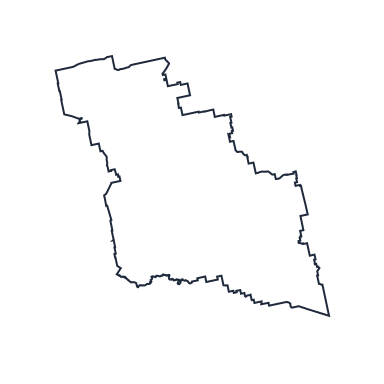 Boyup Brook, Western Australia, Australia (Robinson projection), rotated 168°
{"feature_id": "25037944B18504039205701", "entity_name": "Boyup Brook", "entity_type": "district", "adm_level": 2, "iso_a3": "AUS", "parent_name": "Australia", "parent_adm1": "Western Australia", "projection": "robinson", "projection_center": [116.619, -33.886], "detail": "fine", "context": "isolated", "style": "outline", "palette": "slate", "viewbox_px": 384, "rotation_deg": 168, "n_neighbors": 0, "source": "geoboundaries", "source_scale": "gbopen_adm2", "svg_char_len": 5867}
<svg xmlns="http://www.w3.org/2000/svg" viewBox="0 0 384 384"><g transform="rotate(168 192 192)"><path d="M83.5,146.0L83.6,155.7L84.1,170.9L84.1,175.4L85.0,175.4L85.0,176.5L89.4,176.5L89.4,179.8L87.2,179.8L87.2,183.7L86.5,183.7L86.5,186.8L86.2,186.8L86.2,190.6L86.9,190.6L86.9,190.4L88.7,190.4L88.7,188.9L95.8,189.0L95.8,189.5L98.2,189.6L99.6,189.4L103.3,187.3L104.9,187.0L107.3,187.3L107.4,192.3L109.3,192.2L110.0,192.5L112.9,196.0L113.4,196.3L117.3,196.8L118.9,197.4L121.7,197.4L122.3,197.3L123.0,197.0L125.7,197.0L125.8,208.0L130.7,208.0L130.7,212.5L130.6,213.0L130.7,212.9L130.7,216.9L131.9,216.8L132.6,217.0L133.8,218.5L134.2,219.3L134.5,220.6L134.9,221.1L136.8,221.5L138.9,221.6L139.3,221.7L139.9,222.4L140.2,223.3L140.4,223.6L140.7,223.7L140.8,233.3L144.4,233.3L144.4,240.1L143.4,238.8L143.4,241.2L140.5,241.2L140.4,243.4L139.1,243.4L139.2,246.9L140.1,246.9L140.1,251.6L139.0,251.6L139.1,257.5L137.6,257.5L137.6,260.0L144.6,260.0L144.6,260.8L154.1,260.7L154.0,268.2L157.3,268.2L163.2,268.0L163.2,268.3L168.8,268.3L168.8,269.2L185.3,269.2L185.3,276.9L187.3,276.9L187.2,281.2L186.8,281.2L186.8,287.0L173.8,287.0L173.8,299.1L180.7,299.1L180.7,302.0L183.6,302.0L183.6,300.5L193.6,300.5L193.6,307.0L195.8,307.0L195.8,308.2L193.6,308.2L193.6,312.5L196.2,312.5L196.2,314.0L195.5,314.4L193.4,316.3L191.3,318.3L187.8,322.3L187.7,322.6L187.9,323.0L188.9,324.5L189.3,325.3L190.4,326.7L190.6,327.5L190.6,329.0L223.5,328.9L225.3,328.8L226.1,328.5L228.0,327.2L230.6,327.3L231.2,327.0L233.1,326.9L233.7,327.0L234.3,326.8L236.6,327.1L237.1,327.0L237.5,326.7L239.1,326.7L239.8,327.1L241.5,328.4L242.0,328.5L242.0,341.6L247.2,341.6L247.3,341.4L250.4,340.3L255.6,341.1L256.4,341.0L258.6,341.2L259.0,341.4L264.0,341.2L266.5,341.5L276.2,340.8L282.3,339.1L300.2,339.1L300.2,326.1L300.8,326.1L300.8,318.3L300.3,318.2L300.3,309.5L300.8,309.5L300.8,294.5L293.9,291.2L287.3,287.1L284.7,287.3L284.5,287.1L285.0,286.5L285.3,286.7L285.6,286.6L286.3,286.7L286.6,286.2L287.1,285.6L286.9,284.8L286.6,284.4L286.5,283.8L287.2,283.6L287.6,283.7L288.2,283.5L288.7,282.9L279.7,282.9L279.7,273.0L280.6,269.4L280.6,258.7L273.1,258.8L273.1,250.9L270.9,250.9L270.7,249.9L269.8,247.5L268.9,246.0L268.1,244.0L268.8,241.2L268.8,238.0L269.7,235.7L269.3,234.2L269.3,229.4L266.8,229.4L266.8,230.3L262.9,230.3L262.6,225.9L262.6,224.6L260.7,224.6L260.7,223.0L261.0,222.7L261.0,222.2L259.7,222.2L259.7,217.7L269.0,217.7L269.3,217.0L271.3,214.4L276.3,208.1L278.5,207.1L278.7,206.8L278.6,203.0L278.8,196.2L277.8,196.2L276.7,181.3L277.8,181.0L277.9,170.8L278.6,170.8L278.6,164.5L278.5,161.7L279.3,161.2L278.6,161.2L278.7,153.9L279.4,153.9L279.4,147.5L280.8,147.5L280.8,143.6L280.5,143.6L280.5,135.3L277.5,132.3L282.7,127.1L281.3,125.9L281.3,126.0L281.1,125.7L280.2,125.7L279.9,125.3L279.9,124.8L279.0,123.6L278.1,123.8L277.8,123.5L276.8,123.3L276.8,123.5L276.7,123.5L276.3,123.0L275.5,123.1L275.1,122.9L274.9,122.6L275.0,122.4L275.1,122.6L274.9,121.9L275.0,121.8L274.2,121.4L274.0,120.8L273.5,120.3L272.9,119.2L272.4,119.0L272.1,118.6L272.0,118.1L271.3,117.3L270.9,117.0L270.8,116.5L270.3,116.2L269.5,116.3L269.0,116.1L267.7,115.9L266.9,115.6L265.9,114.9L265.5,114.4L265.6,113.8L265.3,112.2L265.5,111.4L265.0,110.2L264.8,110.1L264.5,110.1L264.4,110.4L264.0,110.6L263.8,110.9L263.3,111.1L263.2,111.1L262.8,111.5L262.4,111.7L261.2,111.2L260.5,111.0L260.4,111.2L259.9,111.1L259.6,110.9L259.2,110.7L258.9,110.8L258.3,110.5L257.6,110.5L256.7,110.7L256.1,111.0L254.9,111.4L253.5,111.0L252.3,111.0L251.5,111.7L251.5,111.9L251.6,112.1L251.2,112.1L251.4,111.9L251.1,111.9L250.7,112.4L250.5,113.0L250.6,113.3L250.9,113.5L250.7,113.7L250.7,114.5L249.4,115.1L249.0,115.7L248.9,116.1L249.2,117.1L249.2,117.6L248.1,117.7L248.0,117.2L247.3,117.3L246.7,117.1L245.9,116.4L245.3,116.8L244.8,116.6L244.4,116.9L244.2,117.4L243.1,117.4L243.4,117.3L240.8,116.1L240.4,116.1L239.9,116.5L238.8,116.2L239.0,116.1L238.4,116.3L238.4,116.6L238.0,117.1L237.4,117.4L236.8,117.1L236.7,116.9L236.9,116.8L236.7,116.7L235.5,116.5L234.8,116.0L234.6,115.6L234.3,115.4L233.7,115.6L233.3,115.4L233.2,115.8L232.8,115.8L232.4,115.5L231.8,115.7L231.5,115.6L231.4,115.0L231.7,114.8L232.3,113.7L232.4,113.1L232.4,112.6L232.5,111.9L232.1,111.1L231.3,110.9L231.3,111.0L230.9,111.1L230.7,110.8L230.4,111.0L229.9,111.0L229.8,110.8L229.4,111.1L229.1,111.1L228.6,110.6L228.4,109.6L228.2,109.3L226.7,109.5L226.7,109.3L225.5,109.5L225.2,109.3L224.9,109.7L224.5,109.4L223.2,109.0L222.8,108.7L222.9,108.4L223.0,108.5L222.9,108.6L223.0,108.7L223.3,108.4L223.4,107.6L223.5,107.5L224.3,106.8L225.0,105.7L225.0,105.2L224.2,104.7L224.1,105.0L223.4,104.8L222.5,105.1L222.0,106.3L221.3,107.3L220.7,108.3L220.4,108.6L220.2,108.7L219.9,108.6L220.0,108.5L219.6,107.9L218.6,107.4L217.5,106.7L217.1,106.7L216.5,107.0L216.4,106.8L215.1,106.0L214.8,105.8L214.8,105.5L214.6,105.0L213.9,104.0L213.7,103.6L213.8,103.6L213.7,103.4L213.3,103.1L212.4,103.0L211.0,103.4L210.7,104.0L210.7,104.4L204.7,104.4L204.7,106.5L196.7,106.6L196.7,101.0L185.0,101.0L185.0,104.0L180.6,104.0L180.6,94.2L179.2,93.7L178.3,93.7L177.6,93.3L176.7,93.3L176.7,86.8L172.1,86.8L172.1,84.6L169.2,84.6L169.2,86.1L165.2,86.0L165.2,82.3L161.8,82.3L161.8,78.3L161.9,78.2L160.5,78.7L159.4,79.3L157.3,79.2L156.1,79.4L156.1,73.8L154.0,73.8L154.0,70.5L146.7,70.5L147.6,67.8L140.2,67.7L140.2,64.8L122.3,64.8L121.6,64.3L121.2,64.3L120.5,63.9L119.3,62.8L119.0,62.0L119.2,61.6L119.3,59.3L118.9,58.7L118.2,58.3L118.1,58.1L111.3,58.1L102.1,52.7L83.7,42.4L83.7,74.2L84.3,74.2L84.9,74.5L85.8,75.4L86.9,75.7L87.0,84.2L86.0,84.2L86.0,88.4L83.2,91.1L84.2,92.8L85.2,92.7L85.2,94.2L85.7,95.0L85.5,95.8L86.8,95.8L86.8,96.8L86.6,96.9L86.6,100.4L85.2,100.4L85.2,105.3L90.0,105.2L90.1,118.0L94.0,118.0L94.0,118.6L95.1,118.6L96.2,119.1L96.7,119.7L98.2,120.0L98.2,120.4L98.0,121.9L96.2,121.9L96.2,124.8L95.4,124.8L95.4,126.0L94.3,126.0L94.3,131.5L91.0,131.5L90.9,146.0L83.5,146.0Z" fill="none" stroke="#1e293b" stroke-width="2"/></g></svg>